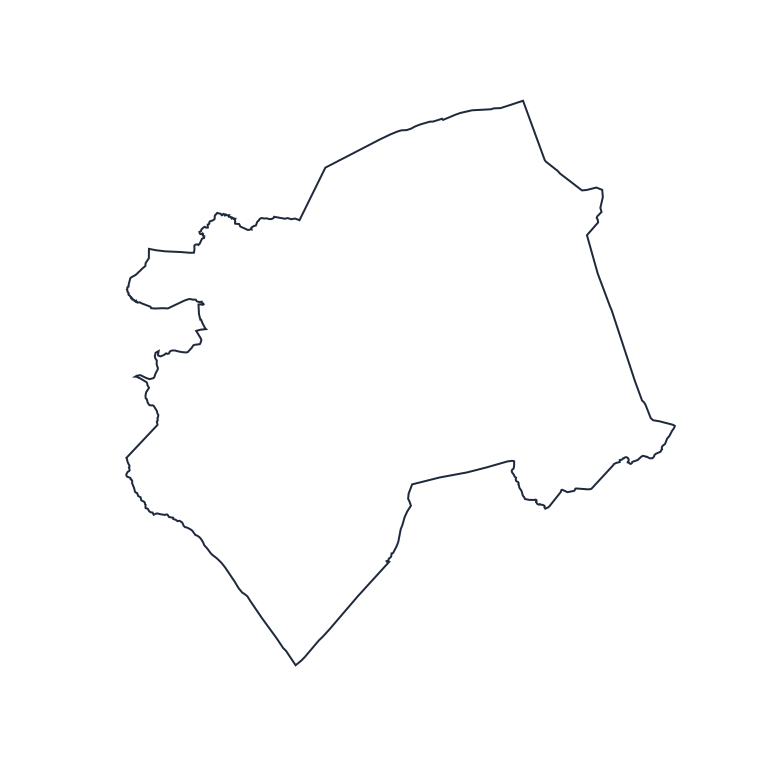 Chilchota, Michoacán, Mexico, rotated 339°
{"feature_id": "50627088B35949960945734", "entity_name": "Chilchota", "entity_type": "district", "adm_level": 2, "iso_a3": "MEX", "parent_name": "Mexico", "parent_adm1": "Michoacán", "projection": "albers", "projection_center": [-102.11, 19.805], "detail": "fine", "context": "isolated", "style": "outline", "palette": "slate", "viewbox_px": 768, "rotation_deg": 339, "n_neighbors": 0, "source": "geoboundaries", "source_scale": "gbopen_adm2", "svg_char_len": 6166}
<svg xmlns="http://www.w3.org/2000/svg" viewBox="0 0 768 768"><g transform="rotate(339 384 384)"><path d="M117.0,360.7L117.2,361.7L116.7,364.5L116.8,366.9L117.1,368.5L117.0,369.4L116.6,370.2L115.9,370.5L115.9,372.2L115.6,373.4L114.8,374.0L113.4,374.1L112.0,375.1L111.2,375.9L110.7,377.0L110.9,378.4L113.4,380.6L113.7,381.4L113.3,382.3L114.0,383.0L114.2,384.3L113.3,386.4L113.4,391.6L112.9,395.4L113.4,396.4L114.4,397.2L114.4,400.5L116.2,402.6L115.7,405.6L118.0,408.2L118.1,409.4L117.8,410.4L118.2,411.3L117.2,413.3L117.0,414.4L117.4,414.9L118.3,415.3L118.8,416.0L119.1,418.4L120.1,420.1L121.9,421.1L122.1,423.5L124.5,423.3L126.2,423.7L128.5,425.4L132.6,427.7L134.1,427.8L135.0,428.3L135.7,431.2L139.2,433.3L138.9,434.6L140.8,436.0L142.2,438.1L144.0,438.4L144.6,439.0L146.0,441.1L146.2,444.8L146.9,446.3L148.4,447.2L151.0,450.0L152.5,452.3L153.8,457.4L155.4,458.8L156.6,460.5L157.5,462.6L158.1,465.4L158.4,467.6L158.4,470.0L160.0,474.2L161.4,479.3L162.3,481.7L165.4,486.7L168.1,492.5L169.9,498.2L173.7,514.8L175.1,522.5L176.9,528.0L178.5,530.0L180.4,533.3L181.4,538.6L186.2,559.0L192.7,583.1L195.2,594.3L196.9,598.0L200.7,614.9L207.9,612.5L212.4,610.4L231.2,600.1L236.2,598.0L244.8,593.7L283.6,572.7L324.8,552.0L323.4,551.3L322.9,550.7L322.9,550.3L324.9,550.4L325.5,549.2L326.3,548.6L327.2,548.5L328.8,547.7L330.4,544.9L330.9,545.2L332.2,544.8L337.4,540.2L340.7,536.6L347.6,525.5L350.6,522.3L355.4,515.9L359.9,511.4L365.5,507.3L365.7,503.3L365.4,499.8L367.7,495.2L374.3,487.8L402.4,491.2L429.9,496.3L449.7,498.6L471.3,500.5L475.6,501.5L477.2,502.2L477.8,502.8L476.3,506.7L474.7,509.4L472.9,510.0L472.0,511.0L471.9,512.5L472.7,515.4L472.7,517.1L473.7,518.9L472.8,520.3L472.6,521.7L472.9,522.4L474.0,523.5L474.2,524.9L473.4,525.9L473.7,526.8L473.2,529.3L474.0,532.6L473.9,535.8L473.6,537.1L473.8,538.7L474.3,539.8L474.4,541.9L478.0,544.2L483.0,546.2L483.7,546.1L484.4,546.6L484.7,547.1L484.4,548.1L483.8,548.2L483.6,548.6L484.2,551.0L485.4,552.2L486.5,552.0L486.9,552.7L488.9,553.8L490.1,555.1L490.2,555.8L489.6,556.5L489.9,558.2L493.2,558.0L494.7,557.4L510.3,548.2L511.7,546.5L512.5,546.6L516.3,550.5L517.0,550.8L523.0,551.9L524.8,551.0L525.1,550.4L525.8,550.3L536.8,555.5L539.3,556.2L540.2,556.1L568.8,542.0L570.1,541.1L572.9,540.9L576.1,541.4L576.8,539.5L578.9,539.9L580.1,539.5L580.7,539.0L581.4,539.3L582.3,538.9L583.5,539.0L584.3,539.3L585.2,540.7L585.4,541.8L584.9,543.4L583.6,544.2L583.4,544.5L584.6,545.6L585.0,546.5L585.6,546.9L586.3,547.0L587.0,546.7L588.0,545.7L593.6,545.9L598.3,544.0L600.1,543.9L601.9,545.1L602.6,546.0L603.4,546.1L605.4,548.6L607.9,549.5L609.9,548.7L611.2,547.1L612.7,546.6L618.0,546.3L618.9,545.2L620.2,544.7L620.3,543.5L620.7,542.7L621.4,542.0L622.2,541.5L624.9,540.7L628.8,536.4L631.8,534.8L636.1,531.0L639.1,529.0L640.5,527.4L640.2,526.8L638.7,525.3L627.6,517.4L622.3,514.3L620.8,511.5L620.7,496.9L620.1,494.1L619.0,491.9L619.3,471.2L623.0,396.1L622.8,393.2L623.1,357.4L626.8,317.8L641.8,309.9L642.4,307.4L642.1,305.1L643.2,303.9L648.7,301.4L649.1,297.1L655.3,287.9L657.3,281.0L652.7,276.7L642.7,275.5L638.2,274.2L623.8,250.7L622.5,247.3L614.8,234.4L614.3,232.5L615.3,169.4L591.7,168.2L585.2,166.0L582.5,165.9L564.2,160.0L552.3,158.3L547.0,158.2L533.8,158.6L533.3,157.2L523.9,156.6L520.8,155.5L510.9,154.7L505.4,154.7L500.8,155.3L496.2,155.1L491.1,153.4L486.8,153.1L479.0,153.3L467.6,154.2L406.8,161.0L363.8,200.8L360.3,197.7L356.4,196.9L353.7,194.7L352.3,194.3L350.9,194.3L341.3,188.5L340.3,189.5L338.0,189.7L335.8,188.8L333.9,187.3L331.5,186.6L329.3,185.2L327.2,185.3L325.3,186.7L324.0,187.0L321.1,190.2L319.1,189.8L316.2,190.5L315.8,192.3L314.9,191.7L313.7,191.8L312.1,191.4L306.3,185.5L306.1,182.8L302.5,181.0L302.7,179.9L303.4,178.8L303.6,177.3L304.4,176.5L303.6,176.2L303.1,176.3L302.7,175.9L303.1,175.5L301.8,174.1L301.0,174.6L300.6,172.9L299.2,172.4L298.9,171.4L299.7,170.8L297.5,170.0L297.1,169.7L297.0,169.1L295.9,169.6L295.5,168.0L295.0,167.6L293.6,168.4L292.9,168.3L292.8,167.2L292.4,166.4L290.6,165.4L290.0,164.6L289.2,164.6L288.1,165.4L286.9,165.8L286.1,166.6L285.7,167.9L284.8,169.4L282.8,169.9L279.7,169.8L278.8,170.5L278.4,171.6L277.9,172.0L276.5,172.0L275.6,174.8L273.9,174.3L273.0,173.0L271.5,173.2L268.9,174.3L268.1,175.6L266.1,175.9L266.0,177.5L266.2,178.1L267.0,178.6L268.5,178.3L268.9,179.1L268.1,180.5L269.2,181.7L268.2,183.3L267.2,183.0L266.1,183.2L262.2,187.0L261.0,187.2L260.6,187.7L259.6,186.7L258.0,186.3L256.9,186.6L256.5,186.9L255.3,190.4L253.6,193.3L250.2,192.1L241.4,187.9L227.0,181.6L218.9,177.3L213.0,173.6L209.5,182.4L204.9,185.6L203.4,188.4L200.5,189.3L191.5,193.1L185.5,194.0L184.8,194.7L181.1,199.9L180.4,201.6L179.3,201.6L178.8,202.2L178.4,203.4L177.8,203.7L177.9,205.4L177.6,206.2L178.2,207.7L177.5,208.7L177.6,209.6L178.4,210.4L178.5,211.5L179.1,212.2L179.1,212.6L178.8,212.8L178.6,213.3L179.6,213.9L179.3,214.5L179.4,215.1L179.9,215.1L180.5,215.6L180.8,216.1L180.7,216.9L181.0,217.3L182.3,217.3L181.9,218.7L182.1,218.9L183.1,219.0L183.2,219.7L185.2,220.2L186.7,221.9L193.7,228.2L193.8,229.8L197.1,231.4L204.8,234.0L209.3,236.0L227.5,234.6L231.4,234.7L233.5,235.2L235.5,236.6L238.4,237.8L239.0,239.8L240.2,240.8L241.3,241.4L243.3,241.8L243.0,242.9L243.3,243.5L244.1,244.0L244.2,245.0L243.8,245.2L243.0,245.0L240.7,243.6L239.3,243.3L236.3,252.5L235.6,258.2L236.3,258.4L236.3,262.0L237.0,267.8L237.5,269.0L232.5,267.6L227.7,267.1L229.3,275.9L229.2,277.7L227.4,279.9L226.3,280.8L221.1,279.5L219.6,279.7L217.5,281.3L212.1,283.9L210.5,283.6L206.9,281.9L202.5,279.1L201.4,278.1L199.1,277.1L197.7,276.7L195.7,276.9L194.3,278.4L192.7,278.3L191.5,277.3L188.8,278.1L185.2,278.1L183.4,276.5L183.4,275.8L185.4,272.5L182.0,273.0L180.0,275.8L179.7,278.2L180.3,280.6L178.9,283.9L178.6,286.2L178.7,287.6L178.2,289.1L174.8,292.0L171.9,295.4L170.9,295.9L167.2,295.5L166.3,295.0L164.4,293.4L159.7,288.4L156.2,287.7L154.4,288.0L155.5,288.5L158.5,291.5L163.0,297.3L163.1,298.1L163.0,299.5L162.7,300.5L163.2,302.6L163.2,303.4L159.1,306.4L157.7,308.4L156.9,310.1L156.4,312.1L157.1,313.1L156.7,316.7L157.3,319.4L158.5,320.4L160.3,320.9L161.2,322.0L162.3,327.9L161.9,330.4L162.2,332.1L161.2,333.9L160.3,334.6L159.7,337.0L158.5,337.6L157.9,341.0L117.0,360.7Z" fill="none" stroke="#1e293b" stroke-width="2"/></g></svg>